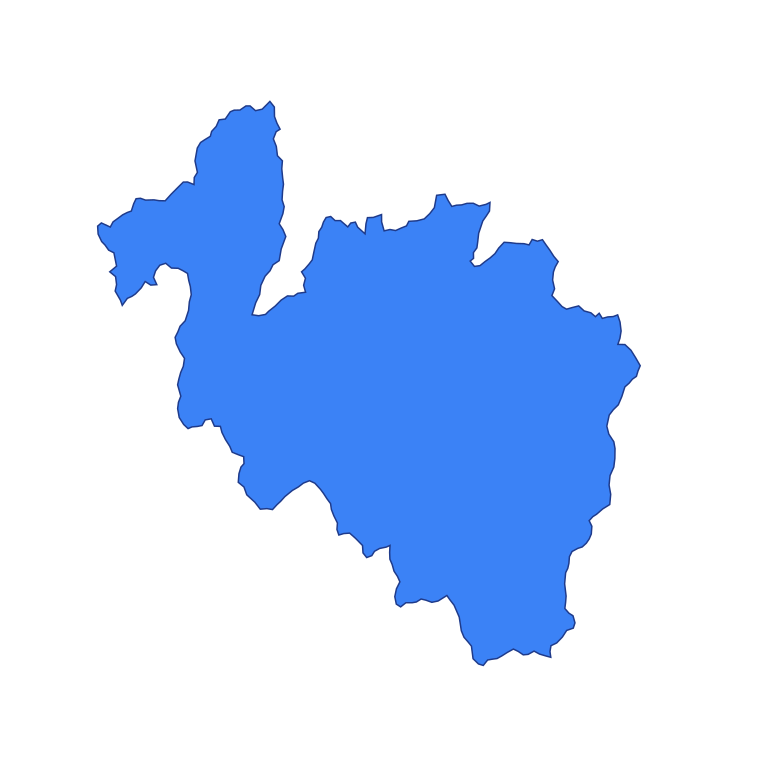 São Luiz do Paraitinga, São Paulo, Brazil, rotated 170°
{"feature_id": "56859067B61119921989144", "entity_name": "São Luiz do Paraitinga", "entity_type": "district", "adm_level": 2, "iso_a3": "BRA", "parent_name": "Brazil", "parent_adm1": "São Paulo", "projection": "equal_earth", "projection_center": [-45.237, -23.241], "detail": "fine", "context": "isolated", "style": "filled", "palette": "blue", "viewbox_px": 768, "rotation_deg": 170, "n_neighbors": 0, "source": "geoboundaries", "source_scale": "gbopen_adm2", "svg_char_len": 4569}
<svg xmlns="http://www.w3.org/2000/svg" viewBox="0 0 768 768"><g transform="rotate(170 384 384)"><path d="M527.6,282.2L520.9,281.6L515.6,279.7L510.4,283.7L506.2,286.4L501.2,290.3L492.7,295.1L486.2,297.5L480.6,300.4L474.2,301.7L469.3,298.3L464.9,291.4L462.6,286.8L460.0,280.7L457.4,275.5L457.6,269.6L456.3,263.0L454.0,255.2L455.6,248.9L454.7,243.1L449.6,243.7L443.7,243.1L438.8,236.9L433.2,228.7L434.0,221.3L431.2,216.1L425.8,217.1L422.4,220.9L416.9,222.8L410.1,223.0L406.1,224.0L407.7,217.1L408.6,210.4L407.3,204.8L406.6,197.9L404.1,192.1L402.7,186.4L407.3,180.2L410.3,172.7L410.1,165.1L406.3,161.6L400.4,164.8L394.3,163.7L390.0,163.7L384.8,165.8L380.4,163.9L374.8,160.7L368.4,160.9L358.8,164.8L356.6,160.1L353.4,154.0L351.7,146.9L350.4,141.4L350.5,135.4L350.7,127.6L349.2,120.7L346.3,115.9L343.4,110.7L344.0,98.0L339.6,91.9L335.1,89.6L329.9,94.2L325.2,94.2L320.3,94.0L315.1,95.8L309.3,98.2L302.6,100.5L298.2,97.3L293.9,93.1L289.0,92.7L282.6,94.9L277.7,91.0L271.7,88.0L267.2,85.9L267.0,91.7L265.0,97.3L258.9,99.0L252.2,103.9L246.9,109.6L240.0,110.7L237.4,115.6L238.1,122.9L241.7,126.2L244.9,131.5L243.0,137.7L241.5,143.5L240.8,155.9L237.9,166.6L235.0,170.6L233.0,175.4L231.4,181.7L227.9,186.4L221.6,188.5L217.1,189.1L212.4,192.1L208.8,195.8L205.9,200.3L204.0,207.8L205.7,213.8L201.4,217.1L197.3,218.8L190.3,223.0L182.6,226.1L179.9,236.0L179.9,245.4L177.3,254.6L172.1,262.3L169.6,270.5L167.7,280.3L167.7,287.2L171.3,295.6L171.9,303.8L167.6,314.3L162.7,318.8L156.9,322.8L152.0,330.3L147.3,339.3L142.4,342.3L138.6,345.6L134.1,347.7L131.6,352.7L128.5,357.5L131.6,366.1L134.9,374.3L139.9,381.0L146.8,382.4L143.7,388.1L141.3,395.0L140.8,404.0L141.9,411.5L146.6,410.6L152.0,411.2L157.6,410.7L159.8,416.3L164.1,413.6L167.9,418.2L174.2,421.2L178.7,427.1L185.4,426.6L191.2,426.0L195.2,429.3L199.1,435.5L203.3,441.9L199.5,448.1L199.9,457.1L197.7,464.9L195.1,469.5L191.2,474.3L194.6,480.2L197.5,487.1L200.4,493.1L202.9,498.6L208.1,498.0L213.0,500.6L217.0,495.8L221.8,497.9L229.1,499.4L235.4,501.3L241.1,502.7L247.4,498.0L252.1,493.1L257.5,489.8L263.1,487.1L268.9,483.9L274.5,484.1L277.8,490.1L274.0,492.2L273.1,497.9L268.9,501.9L267.1,507.5L264.6,516.0L258.4,527.4L254.0,531.8L250.1,536.0L248.1,544.4L252.3,543.2L259.4,542.7L264.7,546.5L270.9,547.5L276.5,546.9L281.6,547.5L286.4,547.1L289.0,553.6L291.0,560.3L299.4,560.7L303.8,548.9L309.4,543.8L315.7,539.6L323.3,539.0L331.3,539.9L334.4,535.8L340.5,534.5L345.9,533.1L351.3,535.1L357.3,534.8L358.2,544.1L357.0,551.3L365.6,549.9L371.4,550.7L373.9,545.0L376.6,535.2L382.7,543.0L384.1,548.4L388.8,548.3L392.4,545.0L398.5,552.5L403.8,553.4L407.4,558.2L412.1,558.0L415.5,554.0L418.1,549.2L421.7,545.4L423.3,539.0L426.7,534.5L430.4,525.5L433.1,518.7L437.0,515.1L441.9,511.1L445.7,508.8L443.0,501.8L446.0,495.2L445.3,488.0L453.1,488.3L457.7,486.2L463.8,487.5L470.7,484.5L477.5,479.7L484.9,475.7L488.6,473.1L495.6,473.0L501.9,475.1L496.3,486.2L490.9,493.7L488.2,502.5L482.4,510.8L476.6,515.3L472.6,520.7L465.8,523.7L461.8,534.8L455.1,546.3L456.7,553.6L459.4,560.0L454.0,569.3L451.5,576.0L452.4,583.1L450.4,591.5L448.3,598.2L448.0,604.7L447.3,613.7L445.3,621.4L449.3,627.3L448.8,636.7L450.4,644.6L446.4,651.2L442.1,653.0L444.1,659.3L445.4,666.4L443.9,675.8L447.3,682.1L452.4,678.5L456.2,675.8L463.1,675.5L467.6,681.1L471.7,681.8L478.3,678.8L484.1,679.7L488.1,678.8L494.3,672.5L500.5,672.8L504.5,666.8L509.9,662.7L512.0,658.1L518.1,655.7L522.7,653.7L526.9,648.8L531.4,636.5L531.0,624.8L535.0,620.3L536.5,613.4L542.3,617.0L546.6,617.7L551.8,614.1L560.5,608.0L567.7,602.4L573.7,603.6L578.6,605.3L586.9,606.5L591.6,609.2L596.0,609.5L599.2,605.0L602.8,598.2L607.0,597.5L612.0,596.0L617.4,593.3L622.7,590.7L626.3,586.1L634.4,591.7L638.6,589.2L639.5,581.3L637.3,573.3L634.6,569.3L631.9,563.6L627.2,560.1L626.9,546.5L634.6,542.1L629.7,536.4L630.1,528.3L632.6,522.2L629.0,512.3L628.1,506.9L621.9,512.9L617.1,514.1L613.1,515.9L606.4,520.8L601.4,526.4L596.5,521.9L590.5,521.3L592.5,529.1L589.3,535.1L584.2,539.9L578.0,540.8L573.2,535.1L566.6,533.7L562.1,530.3L558.3,527.0L558.3,519.8L557.8,513.6L558.3,505.4L561.4,498.8L563.7,490.4L568.8,480.8L574.8,476.3L577.9,471.2L581.6,466.2L581.5,459.6L579.1,450.9L576.0,443.9L578.6,436.2L582.2,430.7L585.2,424.4L587.4,419.0L586.2,407.3L589.6,401.7L591.5,395.6L591.5,386.6L588.3,378.9L584.7,374.1L580.5,375.1L575.1,374.6L570.4,374.7L566.3,379.7L560.2,379.7L558.3,371.9L552.5,370.7L552.0,364.4L549.8,356.9L546.7,349.4L545.3,343.1L539.5,339.5L534.8,336.8L535.7,329.9L539.3,327.0L542.4,320.9L544.6,312.5L539.8,306.9L538.4,298.7L531.7,290.0L527.6,282.2Z" fill="#3b82f6" stroke="#1e3a8a" stroke-width="1.5"/></g></svg>